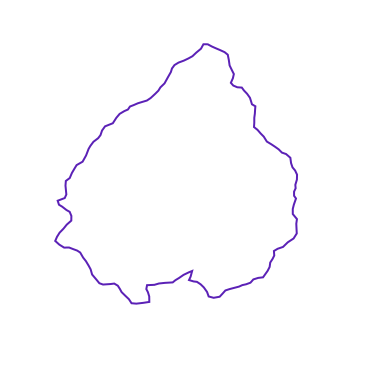 Santa Adélia, São Paulo, Brazil, rotated 219°
{"feature_id": "56859067B26078522690212", "entity_name": "Santa Adélia", "entity_type": "district", "adm_level": 2, "iso_a3": "BRA", "parent_name": "Brazil", "parent_adm1": "São Paulo", "projection": "mercator", "projection_center": [-48.82, -21.32], "detail": "fine", "context": "isolated", "style": "outline", "palette": "violet", "viewbox_px": 384, "rotation_deg": 219, "n_neighbors": 0, "source": "geoboundaries", "source_scale": "gbopen_adm2", "svg_char_len": 2237}
<svg xmlns="http://www.w3.org/2000/svg" viewBox="0 0 384 384"><g transform="rotate(219 192 192)"><path d="M169.0,67.5L165.0,70.2L160.3,75.0L156.0,79.7L159.5,83.9L163.2,86.4L166.4,87.8L168.3,91.3L162.8,96.2L160.1,100.1L155.8,104.4L150.1,109.6L149.4,113.0L148.0,116.9L146.4,122.3L143.9,127.6L142.2,130.7L139.8,125.3L138.9,121.7L134.5,123.5L131.6,125.3L127.2,125.7L122.8,125.3L117.4,123.8L113.3,121.3L108.6,123.4L104.6,128.0L104.3,132.2L104.1,136.5L101.7,140.2L98.4,144.7L95.9,148.1L94.3,151.3L91.9,154.3L89.5,158.3L89.3,162.7L86.5,166.9L83.1,170.4L83.6,178.3L84.5,182.6L86.8,186.4L87.3,190.8L88.1,194.4L91.2,197.7L89.7,201.8L86.7,206.6L85.9,213.2L83.8,219.8L84.5,225.7L87.9,229.5L91.0,233.0L93.4,237.0L99.8,238.3L103.0,242.2L104.9,246.3L107.1,252.4L110.3,253.3L112.9,256.5L113.8,260.1L116.2,262.6L118.3,267.7L121.3,271.6L125.4,273.6L129.4,274.4L133.2,276.8L137.1,280.5L142.8,280.7L146.9,279.2L151.5,279.7L156.2,279.4L160.4,279.0L165.6,278.3L171.1,280.2L175.6,280.7L180.0,281.5L184.7,281.5L187.1,284.9L190.3,288.9L192.5,292.5L194.8,295.7L196.7,298.5L200.6,297.9L203.4,299.8L206.3,301.7L211.0,303.0L215.6,303.6L219.0,304.5L222.7,301.9L226.9,300.7L230.5,301.3L231.8,306.1L233.7,310.0L237.9,311.9L242.4,314.0L246.5,317.8L250.6,321.2L254.7,321.2L259.7,319.9L263.9,318.7L268.0,317.6L272.7,316.7L276.1,314.0L275.2,309.0L276.4,303.0L277.1,297.8L278.9,293.4L281.0,289.0L283.9,284.1L285.5,279.6L285.3,275.4L283.9,271.9L283.0,266.4L281.7,259.1L282.4,253.4L281.9,249.6L282.4,245.0L283.3,238.9L284.6,234.7L287.2,230.9L289.9,226.9L292.1,222.7L294.0,219.4L293.7,215.8L295.5,212.3L297.4,207.2L297.5,202.1L296.8,195.6L300.9,188.3L300.6,183.2L298.9,178.6L298.8,174.8L300.2,169.0L300.0,163.9L299.5,160.5L297.3,153.7L296.1,146.7L298.6,140.3L298.1,136.5L297.3,131.2L295.8,125.9L297.0,121.2L294.3,117.3L288.1,111.0L287.1,107.2L290.9,100.7L287.4,98.4L283.7,98.9L278.2,99.0L274.6,99.6L270.7,97.5L267.8,93.8L268.8,87.8L268.8,82.6L269.3,77.1L268.7,72.2L267.5,67.9L262.0,67.6L256.4,68.3L252.6,71.5L248.5,72.8L244.4,74.2L240.8,74.6L235.3,72.5L230.9,71.5L225.7,69.6L222.1,68.1L217.7,65.0L210.9,63.7L206.6,62.8L202.9,64.1L197.4,69.2L194.8,71.9L190.7,72.5L187.1,71.3L183.7,69.9L178.6,69.4L173.6,69.0L169.0,67.5Z" fill="none" stroke="#5b21b6" stroke-width="2"/></g></svg>